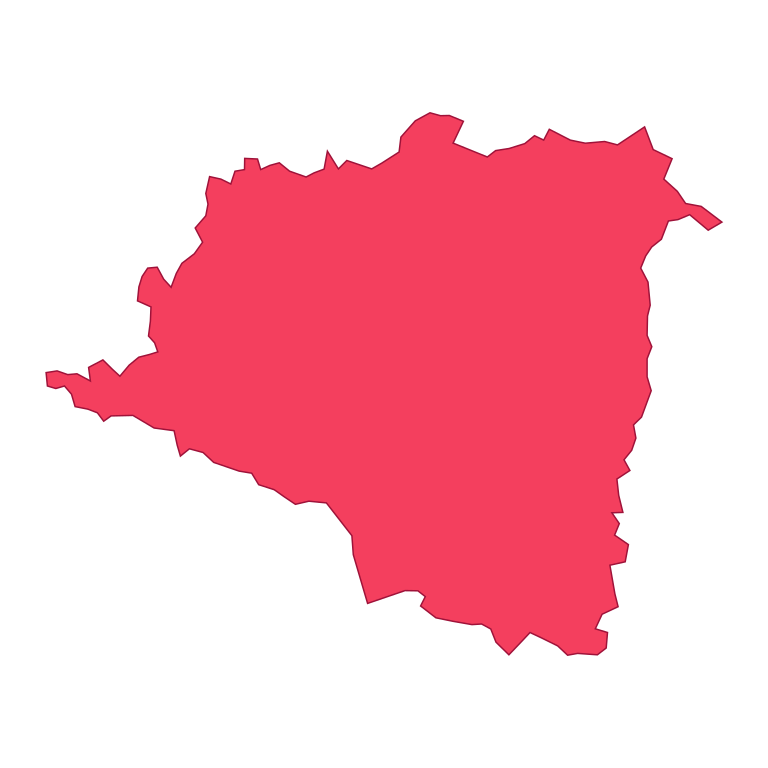 Gramado Xavier, Rio Grande do Sul, Brazil
{"feature_id": "56859067B71131453793175", "entity_name": "Gramado Xavier", "entity_type": "district", "adm_level": 2, "iso_a3": "BRA", "parent_name": "Brazil", "parent_adm1": "Rio Grande do Sul", "projection": "orthographic", "projection_center": [-52.613, -29.295], "detail": "fine", "context": "isolated", "style": "filled", "palette": "rose", "viewbox_px": 768, "rotation_deg": 0, "n_neighbors": 0, "source": "geoboundaries", "source_scale": "gbopen_adm2", "svg_char_len": 2075}
<svg xmlns="http://www.w3.org/2000/svg" viewBox="0 0 768 768"><path d="M209.6,176.6L205.8,193.5L208.0,204.1L205.8,215.8L195.2,228.0L202.6,242.2L194.3,253.8L181.9,263.3L176.3,273.4L171.1,287.3L163.7,279.2L157.2,267.2L147.7,268.1L142.1,276.5L138.9,286.9L137.5,300.9L151.0,306.9L150.4,321.1L148.5,336.0L154.6,342.8L157.8,351.9L149.4,354.5L138.8,357.2L129.2,365.1L119.9,376.2L112.5,369.4L102.9,359.9L88.6,367.4L90.4,381.0L77.0,373.8L67.7,374.6L57.1,370.9L46.1,372.6L47.4,386.0L55.8,388.5L64.5,386.0L71.5,394.2L75.1,406.6L87.7,409.1L97.4,412.8L103.7,421.2L111.1,415.9L132.9,415.4L154.1,428.0L174.1,430.7L177.2,445.1L180.4,456.1L189.4,448.8L203.1,452.5L213.7,462.4L229.5,467.8L239.1,471.1L251.7,473.2L258.7,484.7L274.2,489.7L284.4,496.9L295.4,504.3L308.9,501.2L326.4,502.9L351.9,535.7L353.3,554.7L367.6,603.4L405.0,590.6L417.9,590.8L425.3,596.6L420.6,606.0L435.9,617.8L453.0,621.3L471.9,624.6L481.6,624.0L490.8,629.0L496.0,642.2L508.9,654.8L523.1,639.9L530.0,632.5L541.5,637.9L557.7,645.9L567.6,655.2L577.6,653.4L597.4,654.8L606.2,648.0L607.5,632.5L595.3,628.8L602.1,614.2L618.1,606.7L614.9,593.9L609.9,565.2L625.2,561.8L628.4,544.6L614.6,535.1L619.3,523.6L611.9,512.8L622.9,512.4L618.7,495.3L616.9,479.0L629.9,470.5L624.0,459.8L631.7,450.3L635.9,438.1L633.5,424.9L641.5,417.1L651.2,390.7L647.1,376.8L647.1,358.7L651.8,346.7L647.1,335.4L647.5,316.0L650.2,305.2L648.0,282.1L640.7,268.1L645.7,255.9L651.7,247.0L661.4,239.2L668.4,221.0L678.0,219.6L689.7,214.7L708.2,230.2L721.9,222.1L701.2,206.4L685.6,203.5L677.3,191.3L663.8,179.1L672.1,158.7L653.2,149.6L644.6,126.9L617.5,144.9L604.6,141.5L585.3,143.2L570.3,140.1L549.3,129.3L543.7,140.1L534.5,135.7L524.8,143.6L509.1,148.5L495.6,150.6L487.3,157.0L453.1,143.1L463.4,121.3L449.3,115.5L440.5,115.7L430.0,112.8L415.3,120.8L400.9,137.1L399.1,152.0L381.8,163.1L371.7,168.9L346.8,160.5L338.4,168.9L327.4,151.2L324.1,169.1L314.0,172.9L306.1,177.0L289.6,171.2L279.3,162.8L269.9,165.4L260.7,169.6L257.5,159.0L244.7,158.4L244.5,169.6L235.0,171.2L230.8,184.0L220.9,179.1L209.6,176.6Z" fill="#f43f5e" stroke="#9f1239" stroke-width="1.5"/></svg>